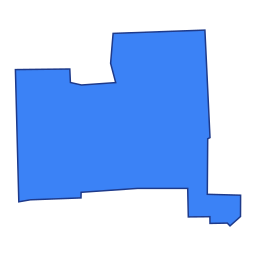 the district of Schuyler, New York, United States of America
{"feature_id": "52423323B65441354087785", "entity_name": "Schuyler", "entity_type": "district", "adm_level": 2, "iso_a3": "USA", "parent_name": "United States of America", "parent_adm1": "New York", "projection": "mercator", "projection_center": [-76.828, 42.39], "detail": "fine", "context": "isolated", "style": "filled", "palette": "blue", "viewbox_px": 256, "rotation_deg": 0, "n_neighbors": 0, "source": "geoboundaries", "source_scale": "gbopen_adm2", "svg_char_len": 415}
<svg xmlns="http://www.w3.org/2000/svg" viewBox="0 0 256 256"><path d="M113.1,33.4L110.6,63.3L115.7,82.6L81.5,85.0L70.4,82.5L69.8,69.0L15.4,69.6L18.8,201.8L30.3,199.8L81.0,197.9L81.1,192.3L137.4,188.4L187.7,188.4L188.3,216.9L209.9,216.7L210.0,223.4L227.3,223.1L230.0,225.9L240.5,216.5L240.6,195.2L207.3,194.3L207.7,138.8L210.0,137.6L204.9,30.1L113.1,33.4Z" fill="#3b82f6" stroke="#1e3a8a" stroke-width="1.5"/></svg>